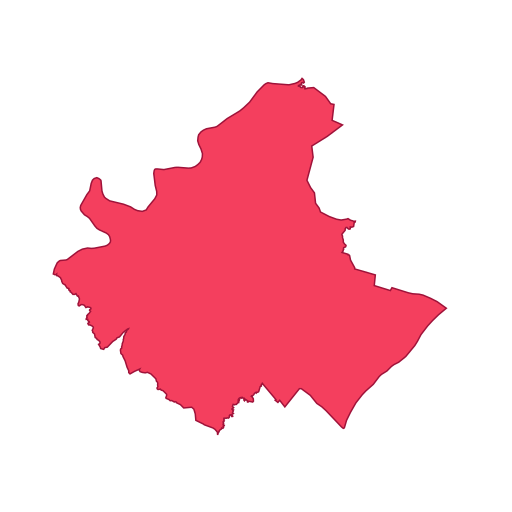 outline of Santo Tomé, Corrientes, Argentina, rotated 190°
{"feature_id": "61730980B79787842894443", "entity_name": "Santo Tomé", "entity_type": "district", "adm_level": 2, "iso_a3": "ARG", "parent_name": "Argentina", "parent_adm1": "Corrientes", "projection": "mercator", "projection_center": [-56.034, -28.286], "detail": "fine", "context": "isolated", "style": "filled", "palette": "rose", "viewbox_px": 512, "rotation_deg": 190, "n_neighbors": 0, "source": "geoboundaries", "source_scale": "gbopen_adm2", "svg_char_len": 6100}
<svg xmlns="http://www.w3.org/2000/svg" viewBox="0 0 512 512"><g transform="rotate(190 256 256)"><path d="M390.0,137.0L389.1,139.5L386.6,140.4L382.2,147.0L379.3,149.7L378.6,151.4L376.4,152.6L373.5,157.7L369.8,161.8L368.9,162.3L369.0,161.9L370.4,160.3L370.5,158.5L371.4,157.5L371.3,156.0L372.2,153.8L372.0,151.9L372.2,150.5L371.9,149.4L372.5,146.4L372.3,144.6L372.6,143.7L372.3,141.9L373.1,141.0L373.2,139.8L372.1,136.5L370.0,135.1L369.6,134.0L366.7,130.1L363.6,124.0L361.4,120.9L361.1,119.1L360.6,118.7L359.6,118.0L355.6,121.3L350.9,124.5L351.3,123.4L350.1,122.0L347.7,121.6L344.8,121.7L342.7,122.6L339.0,121.6L333.3,117.7L332.3,115.4L331.1,114.6L330.5,113.0L330.6,112.1L329.9,110.3L330.6,108.8L330.2,108.0L329.3,107.5L327.0,108.3L326.2,107.5L324.1,107.2L320.0,104.3L319.8,102.9L320.2,100.9L319.8,100.2L316.7,99.5L315.4,98.6L313.7,99.0L311.1,98.0L310.5,98.5L309.5,98.4L309.0,98.2L308.9,97.7L304.6,96.5L300.8,93.8L293.1,95.9L290.6,94.4L288.4,90.0L286.7,83.7L278.7,81.4L277.6,80.8L268.6,79.2L266.3,78.2L263.5,75.9L262.7,73.1L262.4,76.0L261.8,76.5L262.0,77.0L261.3,78.4L260.0,79.6L260.0,80.6L258.7,80.6L258.2,81.5L258.8,82.6L257.9,83.2L257.8,83.8L259.0,84.2L259.2,84.8L258.8,85.7L259.6,86.8L258.8,87.6L259.1,88.5L258.7,89.0L259.4,89.7L259.4,90.7L256.7,91.2L256.2,91.6L254.9,91.6L254.3,92.6L254.5,94.4L253.9,95.1L253.4,95.1L251.9,93.7L251.1,94.0L251.3,94.5L251.8,94.5L252.2,95.9L250.9,96.9L251.9,97.6L251.5,98.9L251.9,99.3L251.4,100.4L252.2,100.5L252.2,101.0L253.0,101.0L253.0,101.5L251.7,102.8L253.1,103.8L252.7,105.9L251.3,105.7L250.9,106.1L249.4,106.5L249.3,107.1L248.2,108.4L248.2,109.0L247.6,108.8L247.5,109.5L247.7,110.1L248.0,109.7L248.4,110.0L248.3,110.5L247.9,110.7L248.3,111.0L247.4,111.3L247.3,111.8L248.2,112.4L247.7,113.2L246.8,113.8L246.5,113.4L245.6,113.5L245.3,114.4L244.9,114.4L244.4,113.8L242.8,113.9L241.6,112.8L242.1,112.5L243.0,112.6L242.9,112.0L242.2,111.4L242.0,111.9L240.8,112.7L238.9,111.8L239.2,110.9L238.9,110.7L238.4,110.8L238.2,111.5L237.1,111.7L233.9,111.6L233.3,112.6L233.9,115.0L235.1,116.4L236.3,117.0L236.1,117.5L235.1,117.8L234.1,119.1L233.7,120.4L232.4,121.7L231.9,121.1L231.4,121.9L230.6,122.1L229.8,122.9L229.2,128.1L228.5,129.1L228.2,129.0L228.4,130.4L228.0,130.5L227.7,131.7L211.5,118.1L212.1,117.3L209.0,115.6L207.6,118.0L201.4,112.4L190.2,132.9L188.3,133.2L178.3,128.2L170.5,121.4L165.1,119.0L160.2,115.9L142.1,102.5L140.1,101.4L139.4,101.8L139.1,102.5L138.3,109.9L135.8,118.5L132.1,128.8L127.3,137.8L124.4,142.2L118.2,150.0L113.7,158.8L111.9,161.2L107.1,165.5L103.5,170.7L101.3,173.0L97.0,176.2L91.1,183.0L84.1,195.3L82.2,200.0L79.9,207.2L74.8,217.0L70.9,223.1L66.0,229.9L59.5,237.6L69.5,242.4L76.6,244.6L84.7,246.5L88.7,246.7L95.0,246.0L99.6,246.2L116.6,248.4L117.7,245.3L134.4,247.4L135.2,258.1L156.6,260.4L156.7,261.5L162.2,268.4L163.9,272.7L164.6,273.2L165.5,273.1L165.7,273.7L171.9,274.4L171.0,276.2L171.3,276.9L170.8,277.7L171.2,278.8L171.1,279.5L169.4,280.5L169.1,281.8L169.6,282.5L170.4,282.8L172.4,284.7L172.8,286.9L174.1,289.4L174.2,290.6L175.1,291.9L175.1,292.5L172.7,296.8L172.6,297.3L173.0,298.0L172.3,299.7L171.4,299.9L170.3,299.0L169.3,298.6L168.2,298.8L167.9,299.2L168.1,300.2L167.6,300.6L167.9,301.0L166.5,301.1L165.0,302.0L165.1,306.5L164.2,306.7L164.2,307.6L165.0,307.4L165.2,307.0L165.8,307.0L166.5,307.4L169.0,307.6L171.9,308.8L173.0,308.1L178.4,306.2L183.1,306.2L190.8,307.6L200.1,310.5L202.2,314.2L206.5,318.3L209.4,328.3L214.1,332.8L219.0,339.4L216.9,363.2L220.2,374.0L206.6,386.2L193.6,400.1L204.6,402.8L205.5,418.8L208.9,418.9L215.3,425.2L228.4,431.9L234.4,430.3L235.0,429.7L235.8,429.7L236.1,429.4L236.6,429.7L236.9,429.3L237.2,429.8L237.0,430.3L237.6,430.8L237.4,431.3L238.1,431.3L238.4,432.0L239.1,431.7L238.8,431.2L239.3,430.8L239.1,430.5L239.8,429.8L241.5,429.8L242.2,430.9L243.7,430.6L243.8,431.1L242.9,431.9L242.0,432.1L241.5,432.7L240.8,432.4L240.8,432.9L241.4,434.0L241.1,434.6L240.6,434.9L239.2,434.6L238.6,435.5L239.9,437.9L241.5,438.9L242.3,437.2L245.2,434.2L247.6,432.7L253.3,430.3L269.5,428.7L274.3,428.7L276.3,427.4L277.7,426.0L283.3,417.9L289.0,406.4L293.9,399.8L297.2,396.0L308.2,386.4L316.8,376.9L318.6,375.8L326.9,372.7L329.6,370.8L331.7,368.7L333.5,365.5L333.7,363.0L333.4,359.3L331.7,355.9L328.8,351.9L326.5,347.5L326.1,344.2L326.3,341.8L327.3,338.5L329.3,335.8L331.4,333.6L335.0,331.5L337.7,330.8L348.2,329.8L351.0,329.2L361.7,325.1L368.3,324.6L370.2,324.2L370.8,323.6L371.1,322.2L371.0,319.5L367.5,308.0L365.0,302.3L364.3,298.9L365.6,294.8L370.8,285.6L372.1,282.3L375.7,280.2L380.5,280.1L383.8,280.8L388.0,282.6L395.4,284.0L409.7,284.9L414.0,286.7L415.5,287.7L417.6,290.5L419.0,293.3L421.7,303.2L422.2,303.9L424.2,305.0L426.4,305.5L428.8,304.2L430.2,302.3L430.9,298.9L431.1,291.3L433.2,287.1L437.4,275.3L437.5,273.2L437.0,271.5L436.0,270.0L432.1,266.8L429.0,265.6L426.5,264.2L419.9,257.6L417.4,255.6L414.7,254.5L407.4,252.6L405.0,251.4L403.5,249.7L402.5,247.6L401.9,245.9L401.9,244.3L402.6,242.8L404.2,240.9L406.2,239.6L416.6,235.6L419.4,234.9L423.3,234.6L428.2,232.6L432.2,229.6L441.3,219.7L442.6,219.0L447.9,217.6L448.8,217.0L450.5,214.9L451.1,212.8L452.3,208.1L452.5,203.1L450.6,202.6L449.7,203.0L449.2,203.6L449.1,202.6L448.7,202.0L447.8,202.1L444.8,200.7L444.3,199.7L443.5,199.0L442.9,197.3L441.6,195.4L439.7,194.6L439.3,194.7L436.4,191.6L434.7,191.5L434.5,190.2L433.7,189.5L433.0,189.6L432.7,188.4L431.8,188.2L429.6,186.4L427.8,186.7L426.8,187.7L424.9,185.5L424.1,185.8L422.4,183.1L422.5,179.8L423.0,178.0L422.4,176.4L421.5,176.1L419.7,177.8L418.1,178.0L416.4,177.6L414.6,175.7L413.4,176.3L413.2,176.7L410.2,176.5L409.5,176.0L409.4,175.2L410.5,174.2L410.5,173.6L409.3,172.8L410.3,170.7L411.6,169.1L411.9,168.4L411.7,168.1L412.2,167.9L412.0,166.5L411.7,166.2L412.3,164.9L412.2,164.1L410.7,164.4L410.4,163.3L409.4,162.4L408.9,162.5L408.6,161.9L409.1,161.5L409.1,161.0L409.9,160.5L409.2,159.4L408.6,159.0L407.6,159.3L405.5,158.7L404.1,157.9L403.7,157.0L404.4,154.3L403.5,153.1L403.5,152.4L401.5,151.2L400.2,147.8L398.5,147.1L398.0,146.2L396.3,145.6L395.0,144.6L394.6,143.8L394.6,142.6L395.7,141.7L393.6,139.3L392.9,137.9L389.9,137.6L390.0,137.0Z" fill="#f43f5e" stroke="#9f1239" stroke-width="1.5"/></g></svg>